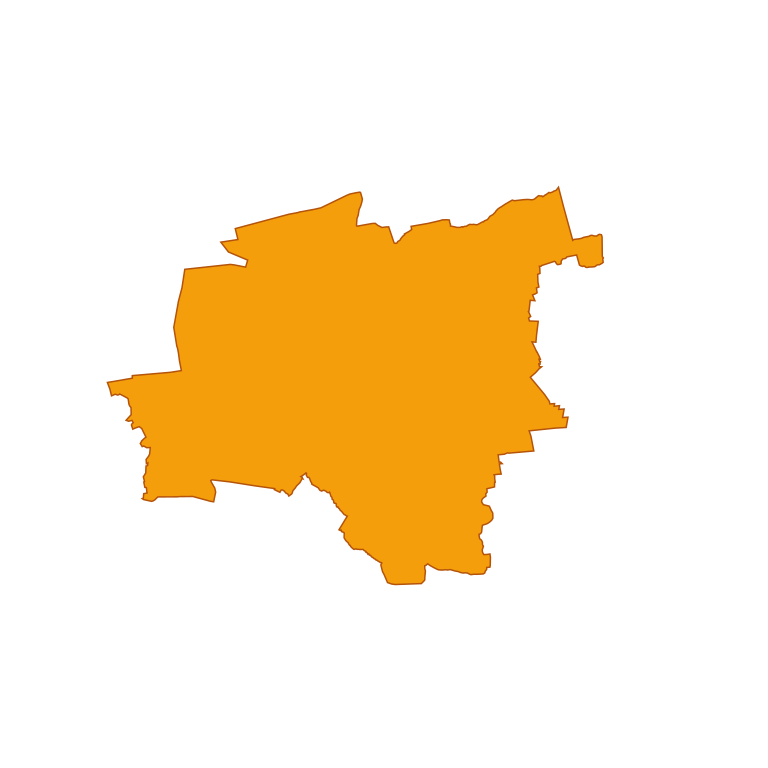 the district of Tecamachalco, Puebla, Mexico, rotated 55°
{"feature_id": "50627088B6625152362768", "entity_name": "Tecamachalco", "entity_type": "district", "adm_level": 2, "iso_a3": "MEX", "parent_name": "Mexico", "parent_adm1": "Puebla", "projection": "mercator", "projection_center": [-97.72, 18.863], "detail": "fine", "context": "isolated", "style": "filled", "palette": "amber", "viewbox_px": 768, "rotation_deg": 55, "n_neighbors": 0, "source": "geoboundaries", "source_scale": "gbopen_adm2", "svg_char_len": 6170}
<svg xmlns="http://www.w3.org/2000/svg" viewBox="0 0 768 768"><g transform="rotate(55 384 384)"><path d="M339.2,647.7L340.7,647.3L346.8,641.7L347.3,640.3L347.5,638.3L346.8,634.2L347.0,633.7L357.9,618.0L358.8,616.3L366.5,605.1L380.6,593.4L382.8,591.1L376.0,583.9L372.1,582.3L365.2,581.7L363.7,581.3L363.9,579.8L375.7,566.5L394.0,547.5L407.0,533.5L407.6,534.4L413.0,531.4L411.9,529.1L412.6,527.9L414.3,527.2L417.3,526.9L418.8,525.9L421.2,526.2L421.1,522.6L420.7,521.8L419.2,519.9L418.3,516.5L417.3,514.0L416.6,509.5L414.4,505.0L414.8,504.8L413.1,504.6L412.2,505.2L412.3,503.1L412.1,498.9L412.8,498.7L413.9,499.9L416.6,500.2L417.3,499.2L418.5,499.1L421.9,500.0L423.4,500.0L424.7,500.6L431.3,497.4L433.9,497.5L434.6,497.3L435.9,496.5L436.4,494.3L436.8,493.9L437.5,493.7L438.3,493.1L440.3,492.7L441.5,491.4L441.3,490.7L441.6,490.6L445.6,491.9L447.1,491.7L448.1,492.2L448.5,492.6L449.9,492.1L451.2,492.5L452.5,493.2L453.2,493.0L454.1,492.0L454.7,491.9L456.5,493.0L457.8,493.1L458.0,492.9L458.1,492.3L459.9,492.4L460.4,492.1L462.2,492.3L464.1,491.8L468.2,491.5L469.1,490.8L470.7,490.4L471.2,489.9L477.6,504.5L478.8,503.9L479.0,503.7L479.0,503.0L479.4,502.8L480.0,503.3L480.9,503.3L481.9,502.5L483.2,502.0L487.1,504.9L490.4,505.1L493.6,504.4L494.3,504.6L496.2,504.7L496.7,504.3L497.8,504.5L498.9,504.4L501.9,503.7L502.3,503.4L503.0,501.4L504.0,500.9L505.1,499.3L505.7,498.8L507.1,496.6L507.6,496.0L509.3,495.7L510.6,494.9L510.9,494.9L511.4,495.3L512.5,494.6L514.2,494.8L514.3,494.1L514.6,493.8L515.6,494.2L516.9,493.2L517.9,493.4L519.4,493.0L519.9,492.5L521.2,492.4L522.7,491.5L523.7,491.5L524.4,490.8L525.0,490.5L525.9,490.5L527.2,489.6L527.9,489.5L529.0,488.4L529.5,488.6L529.9,489.6L530.5,490.4L536.8,492.8L540.0,493.2L548.7,495.0L552.3,492.4L554.7,489.8L568.9,467.9L568.2,463.9L567.9,463.0L566.1,461.7L560.9,457.3L558.4,456.4L556.3,454.9L556.6,453.6L556.3,451.4L559.1,450.4L563.2,448.4L566.7,446.5L567.8,445.6L569.7,443.2L571.8,439.6L572.9,438.6L573.9,436.3L578.2,432.8L580.2,430.8L582.5,429.3L584.4,427.4L585.3,425.7L586.7,424.1L588.5,423.2L590.0,422.2L591.4,419.5L593.2,417.0L596.5,411.7L596.6,409.9L595.5,408.5L594.8,406.3L593.2,405.1L594.8,402.3L593.5,401.0L587.0,396.2L584.0,394.7L582.8,397.2L581.0,400.1L578.9,399.9L577.4,399.4L576.1,398.5L573.9,395.6L572.6,395.6L571.5,395.1L570.2,394.2L568.4,393.8L567.6,393.8L566.0,394.3L565.0,394.2L561.6,392.4L562.0,390.8L561.4,389.1L556.3,384.6L556.2,384.3L557.6,379.6L557.7,376.9L557.4,374.1L556.4,371.8L553.6,369.9L551.9,368.9L549.2,368.7L544.6,367.8L543.5,368.6L539.9,371.8L536.8,371.7L535.3,370.7L534.7,369.5L534.3,368.1L534.3,364.7L532.3,363.7L531.8,361.6L528.8,359.8L531.7,352.5L527.9,349.7L528.2,349.2L525.0,347.6L523.0,346.2L521.5,345.9L523.4,342.3L525.0,339.7L520.1,337.6L515.6,335.3L517.0,332.9L514.8,333.3L514.0,334.5L507.5,331.1L510.6,325.6L511.2,322.5L512.3,321.3L524.8,299.7L511.1,293.6L505.6,292.0L518.6,268.6L524.1,259.7L516.7,252.3L513.9,256.9L507.8,250.8L505.0,255.4L502.4,252.7L499.8,257.4L497.9,255.5L495.5,259.5L492.7,258.5L484.6,258.5L462.4,260.3L461.7,253.6L460.5,248.2L460.3,245.1L458.9,246.7L456.3,245.6L457.1,244.7L456.8,244.6L455.5,243.0L455.0,243.6L452.6,242.8L453.5,241.8L450.9,241.1L445.6,240.3L445.5,240.5L434.4,238.6L436.9,235.6L431.1,230.7L421.1,221.7L415.8,228.7L412.9,227.7L412.8,225.1L407.5,224.1L407.6,223.6L399.3,216.2L402.3,212.6L396.2,211.2L396.9,208.6L397.1,206.3L392.7,204.0L393.4,201.5L388.9,199.5L382.3,195.2L382.9,192.8L378.7,190.1L376.7,189.2L377.6,188.0L377.4,186.8L381.3,174.0L382.3,173.5L384.1,173.7L385.6,173.5L386.4,172.2L387.1,170.3L386.9,169.8L385.1,168.5L384.0,166.1L385.3,163.2L384.8,161.3L388.8,152.2L398.7,155.7L400.0,155.1L401.6,153.9L402.0,152.7L402.6,152.0L403.4,152.0L404.3,151.6L405.0,150.9L405.7,149.2L407.0,147.1L407.4,146.6L408.8,144.0L408.8,140.9L409.9,139.1L410.2,136.0L410.0,134.6L407.1,133.2L406.6,132.0L404.7,132.0L388.6,121.0L386.6,120.3L386.4,120.3L384.9,121.8L384.7,123.3L384.8,124.9L383.2,127.0L381.5,128.3L380.8,129.5L380.5,131.6L378.4,136.3L378.0,138.5L376.9,141.1L374.5,145.5L374.6,147.0L341.9,135.3L322.9,128.2L324.0,131.5L323.9,132.9L323.4,134.1L323.4,135.7L322.9,137.6L322.7,138.2L321.7,139.0L321.8,142.8L321.6,143.2L321.6,143.9L321.7,144.7L321.7,146.5L321.2,146.8L320.7,146.7L320.3,147.0L319.7,148.1L318.5,149.1L318.4,149.8L318.8,154.6L318.6,155.6L318.2,156.7L317.4,157.9L315.4,160.2L313.3,163.5L308.7,172.0L306.9,173.5L306.2,181.4L306.1,186.7L305.9,187.9L306.0,190.7L306.7,193.6L307.3,194.9L307.3,195.8L307.7,197.4L307.4,201.2L308.4,203.9L308.6,205.4L307.9,208.3L308.3,209.3L307.7,210.3L307.1,215.8L306.7,216.8L304.4,219.3L304.0,220.3L302.4,222.2L302.1,224.1L302.0,226.1L301.0,227.8L300.7,229.5L300.1,229.6L299.7,230.4L299.4,231.8L297.5,234.5L295.4,236.3L292.7,239.0L291.2,237.9L289.8,237.7L287.1,236.4L285.6,238.2L283.0,242.1L282.3,244.4L277.8,255.6L270.4,271.4L273.3,272.7L273.4,275.7L272.8,281.2L273.6,281.4L273.7,283.8L274.5,286.7L275.4,288.5L275.2,290.9L276.0,292.9L274.9,294.4L274.1,294.8L257.9,290.0L257.8,290.5L256.8,291.7L254.6,295.9L250.3,298.2L247.4,299.0L245.8,301.5L239.4,315.3L238.8,315.8L237.7,315.1L233.0,311.3L231.1,308.5L226.8,304.3L224.8,301.0L223.7,299.6L221.9,297.4L220.1,295.6L214.0,293.5L213.7,293.4L213.1,294.0L212.9,293.9L211.3,297.2L208.8,303.0L208.1,306.2L203.5,334.6L201.1,340.5L194.5,354.9L194.2,356.2L190.4,364.5L171.4,416.7L181.9,420.8L174.2,436.3L186.7,435.7L204.3,424.6L208.9,430.3L200.6,438.3L197.9,441.3L175.8,481.4L189.3,494.3L198.4,505.0L217.0,523.7L234.1,532.0L236.5,532.7L241.1,534.8L247.6,538.2L256.8,542.3L251.9,552.3L232.8,585.3L232.8,585.5L234.9,586.8L224.1,609.7L231.1,611.5L237.4,614.0L238.2,610.1L240.4,608.4L240.7,607.2L240.6,606.2L248.1,602.4L249.4,602.1L254.2,604.5L255.8,604.9L258.3,604.8L264.1,608.7L265.8,616.1L268.0,614.6L269.3,611.3L271.8,611.6L272.2,613.8L272.7,614.4L276.9,615.7L277.3,613.5L278.5,609.0L281.6,608.0L291.0,609.5L291.1,611.7L291.7,615.4L292.1,615.7L293.0,617.8L296.6,618.0L297.0,616.4L300.1,614.9L302.0,611.9L306.8,616.0L308.1,618.2L309.4,622.2L313.0,624.3L313.2,622.7L315.2,624.4L314.7,626.0L320.2,630.2L322.0,634.4L326.6,636.1L326.5,637.0L331.5,639.2L332.6,638.1L337.4,640.7L336.0,643.7L339.6,646.8L339.2,647.7Z" fill="#f59e0b" stroke="#b45309" stroke-width="1.5"/></g></svg>